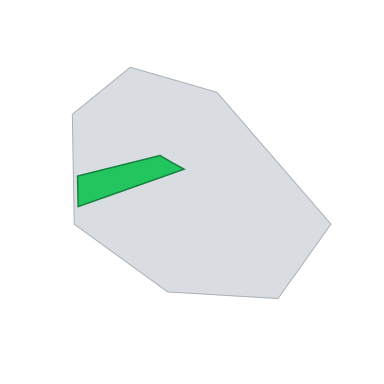 Baiti highlighted on a map of Nauru, rotated 293°
{"feature_id": "NRU-4976", "entity_name": "Baiti", "entity_type": "state/province", "adm_level": 1, "iso_a3": "NRU", "parent_name": "Nauru", "parent_adm1": "", "projection": "natural_earth1", "projection_center": [166.929, -0.506], "detail": "fine", "context": "in_parent", "style": "filled", "palette": "green", "viewbox_px": 384, "rotation_deg": 293, "n_neighbors": 0, "source": "natural_earth", "source_scale": "10m", "svg_char_len": 394}
<svg xmlns="http://www.w3.org/2000/svg" viewBox="0 0 384 384"><g transform="rotate(293 192 192)"><path d="M293.5,176.1L216.7,332.5L127.5,312.8L90.5,208.7L116.3,96.2L216.7,51.5L282.7,86.4L293.5,176.1Z" fill="#d9dde1" stroke="#a8b0b8" stroke-width="1"/><path d="M134.1,92.9L162.0,80.4L213.1,148.3L211.2,162.7L209.9,175.8L134.1,92.9Z" fill="#22c55e" stroke="#15803d" stroke-width="1.5"/></g></svg>